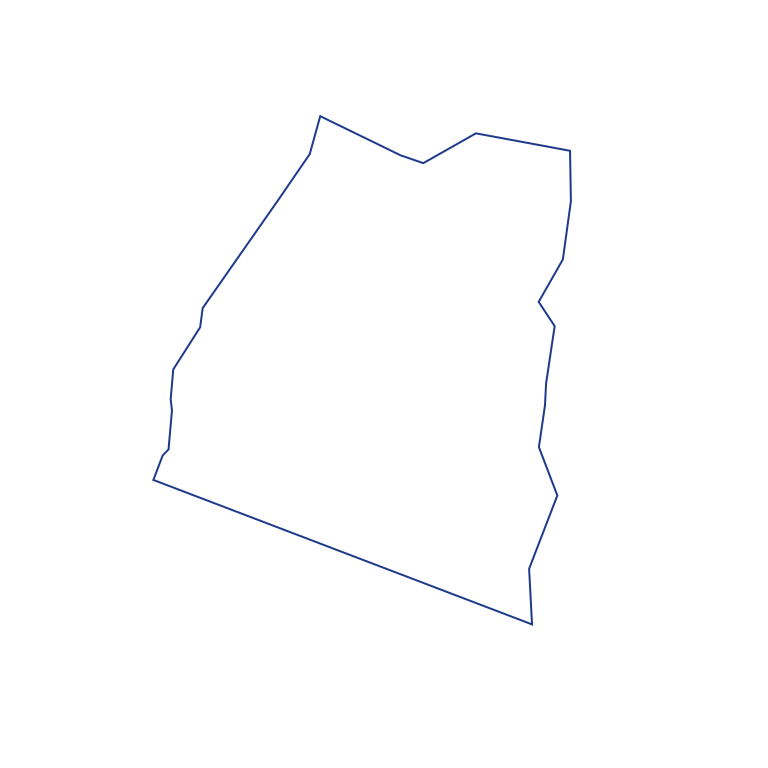 Clarke, Virginia, United States of America, rotated 162°
{"feature_id": "52423323B97176580342978", "entity_name": "Clarke", "entity_type": "district", "adm_level": 2, "iso_a3": "USA", "parent_name": "United States of America", "parent_adm1": "Virginia", "projection": "natural_earth1", "projection_center": [-77.999, 39.122], "detail": "fine", "context": "isolated", "style": "outline", "palette": "blue", "viewbox_px": 768, "rotation_deg": 162, "n_neighbors": 0, "source": "geoboundaries", "source_scale": "gbopen_adm2", "svg_char_len": 502}
<svg xmlns="http://www.w3.org/2000/svg" viewBox="0 0 768 768"><g transform="rotate(162 384 384)"><path d="M317.5,109.6L303.1,163.4L253.6,224.4L256.2,276.1L237.6,313.7L229.6,334.6L203.8,386.3L211.5,414.3L175.4,447.2L149.8,500.0L135.0,548.3L219.2,594.0L278.4,581.9L297.5,596.3L361.9,658.4L383.6,625.6L426.8,592.4L533.0,512.2L541.3,494.8L579.9,463.0L591.6,435.4L593.8,424.4L606.8,393.9L609.1,388.4L616.6,384.4L633.0,364.0L318.0,110.0L317.5,109.6Z" fill="none" stroke="#1e3a8a" stroke-width="2"/></g></svg>